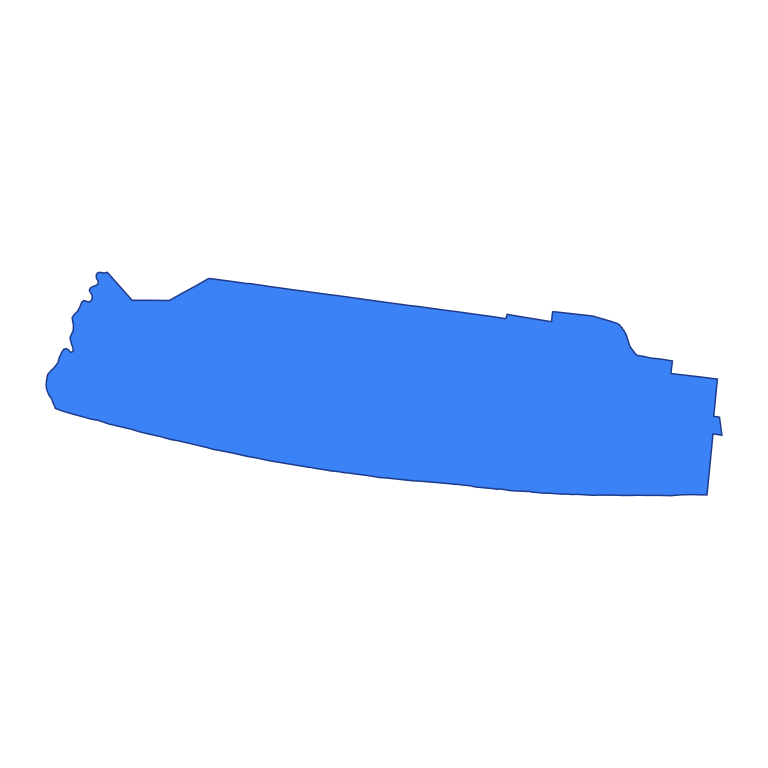 outline of Sipacate, Escuintla, Guatemala
{"feature_id": "79465075B96502800486536", "entity_name": "Sipacate", "entity_type": "district", "adm_level": 2, "iso_a3": "GTM", "parent_name": "Guatemala", "parent_adm1": "Escuintla", "projection": "robinson", "projection_center": [-91.165, 13.962], "detail": "fine", "context": "isolated", "style": "filled", "palette": "blue", "viewbox_px": 768, "rotation_deg": 0, "n_neighbors": 0, "source": "geoboundaries", "source_scale": "gbopen_adm2", "svg_char_len": 2670}
<svg xmlns="http://www.w3.org/2000/svg" viewBox="0 0 768 768"><path d="M652.3,358.3L652.0,358.2L647.8,357.4L646.0,356.9L642.7,356.2L638.1,355.6L637.0,355.2L636.4,354.9L632.4,349.9L629.9,346.3L629.1,344.0L628.3,341.4L625.9,334.0L623.7,330.4L622.6,329.1L622.2,327.9L621.5,327.4L619.2,324.6L616.6,323.2L611.4,321.5L601.1,318.5L592.5,316.0L554.8,311.8L552.6,311.8L552.0,316.9L551.6,321.2L550.9,321.6L520.3,316.6L511.8,315.2L507.2,314.3L505.9,318.4L505.4,318.7L496.6,317.2L455.4,311.5L447.9,310.6L416.8,306.3L408.2,305.4L373.4,300.6L337.4,295.6L329.1,294.6L291.8,289.6L276.2,287.4L270.1,286.6L263.0,285.5L249.1,283.5L247.6,283.7L237.5,282.2L211.4,278.7L208.5,278.6L195.4,286.1L180.1,294.4L169.3,300.5L151.1,300.3L132.1,300.3L107.4,272.4L107.1,272.4L105.9,272.6L104.4,273.1L102.1,272.7L99.3,272.3L97.3,273.1L96.3,274.9L96.3,277.9L98.1,281.1L98.1,282.1L98.1,283.7L96.4,285.3L93.0,286.5L91.4,287.4L90.6,287.8L89.3,290.1L90.1,292.0L92.1,295.2L92.3,297.6L91.4,300.2L91.2,300.4L89.7,301.9L87.0,301.5L85.1,300.9L83.7,300.6L81.6,302.4L79.9,307.0L77.6,311.3L74.0,314.8L72.2,317.6L72.6,320.9L73.4,324.9L73.4,326.9L73.2,330.5L71.6,334.1L70.0,337.7L71.3,343.4L73.1,348.5L73.1,350.7L72.2,351.8L71.8,352.2L70.5,352.2L69.1,350.7L68.4,349.9L66.4,348.6L63.8,349.2L61.6,352.5L59.2,357.8L58.2,361.8L57.9,362.8L53.3,368.7L51.3,370.3L50.0,371.8L47.8,374.4L47.3,376.6L46.6,379.8L46.1,385.5L46.9,390.2L49.1,395.4L51.6,398.8L53.3,403.7L54.4,405.5L54.7,406.5L55.3,408.4L62.7,411.1L69.1,413.0L76.0,415.0L82.6,416.7L91.0,419.1L98.1,420.3L108.8,424.0L132.0,429.4L139.2,431.7L148.9,434.1L160.5,436.6L171.1,439.6L177.2,440.6L188.6,443.2L207.6,447.7L213.8,449.5L220.1,450.6L232.0,452.9L247.7,456.5L255.9,457.8L268.2,460.5L287.2,463.7L290.1,464.2L299.9,465.8L308.8,467.3L311.5,467.5L314.7,468.3L327.4,470.2L330.4,470.9L334.5,471.2L340.0,471.9L344.5,472.8L347.2,472.8L351.8,473.5L369.6,475.8L379.3,477.5L387.4,478.1L413.1,480.8L420.6,481.2L445.3,483.3L450.4,483.8L454.1,484.3L456.7,484.3L461.3,484.9L463.1,485.0L470.5,485.8L474.8,486.9L486.0,488.0L492.3,488.5L497.3,489.4L497.9,488.9L504.3,489.5L510.2,490.6L515.1,490.9L523.3,491.3L524.6,491.2L526.8,491.6L528.6,491.3L531.8,492.1L536.1,492.4L542.6,493.1L549.3,493.2L561.7,494.1L567.0,494.1L572.0,494.5L576.6,494.3L584.7,494.8L593.4,495.3L598.4,495.1L605.3,495.1L617.4,495.2L623.3,495.5L632.2,495.4L637.3,495.2L644.9,495.4L660.5,495.4L671.0,495.7L676.2,495.2L681.2,494.8L693.9,494.6L698.1,494.8L707.0,494.9L712.6,437.8L713.0,433.8L714.1,434.0L721.9,435.2L719.5,417.2L713.7,416.3L717.4,379.1L710.0,378.2L703.3,377.3L690.5,375.8L671.2,373.6L671.0,372.5L672.4,361.0L662.2,359.3L656.0,358.5L652.3,358.3Z" fill="#3b82f6" stroke="#1e3a8a" stroke-width="1.5"/></svg>